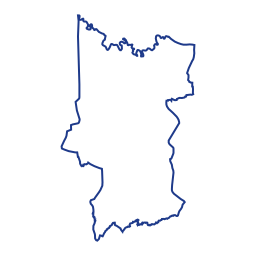 Lam Thamenchai, Nakhon Ratchasima, Thailand (Robinson projection)
{"feature_id": "78962969B38997993614203", "entity_name": "Lam Thamenchai", "entity_type": "district", "adm_level": 2, "iso_a3": "THA", "parent_name": "Thailand", "parent_adm1": "Nakhon Ratchasima", "projection": "robinson", "projection_center": [102.907, 15.286], "detail": "fine", "context": "isolated", "style": "outline", "palette": "blue", "viewbox_px": 256, "rotation_deg": 0, "n_neighbors": 0, "source": "geoboundaries", "source_scale": "gbopen_adm2", "svg_char_len": 5754}
<svg xmlns="http://www.w3.org/2000/svg" viewBox="0 0 256 256"><path d="M97.3,240.6L98.9,239.0L100.0,235.4L101.2,235.6L102.3,236.3L102.7,236.3L104.2,233.1L105.0,232.1L105.3,231.1L106.6,230.2L106.8,229.3L107.5,229.1L107.7,228.6L109.0,228.0L109.1,227.5L109.7,227.2L109.8,226.3L110.1,225.9L110.7,225.8L111.9,224.9L112.1,224.1L112.9,223.0L113.6,223.2L114.0,222.7L114.8,222.7L114.9,224.9L115.3,225.3L116.5,225.7L120.6,228.5L120.6,228.9L121.3,230.2L122.5,231.7L122.6,231.3L123.6,230.3L124.0,229.6L124.4,229.3L124.7,228.6L125.4,227.8L126.8,227.1L127.3,227.1L127.8,226.9L127.9,226.6L129.3,226.8L130.1,226.3L130.1,226.1L129.7,225.7L129.6,224.8L130.2,223.5L132.7,222.9L132.9,222.6L133.0,221.8L134.1,221.9L134.7,221.5L135.7,221.4L135.7,220.9L135.9,220.9L136.1,220.3L137.6,219.6L138.1,219.8L138.2,220.0L137.5,220.2L137.2,220.6L137.8,220.6L137.4,221.1L137.9,221.2L137.9,222.1L138.2,222.8L137.8,223.0L137.7,224.1L137.3,224.4L137.7,225.2L138.0,224.9L138.9,225.0L139.2,224.5L140.0,224.6L140.4,224.2L140.9,224.2L142.0,224.6L142.2,224.3L141.9,223.8L142.1,223.5L142.0,223.1L142.4,222.6L143.4,223.1L143.9,222.6L145.2,222.5L145.6,222.9L146.9,222.5L147.4,222.9L147.6,224.4L147.9,225.0L148.2,225.2L148.6,225.0L149.3,225.3L149.9,225.4L150.1,224.8L151.5,224.8L151.6,224.7L151.7,224.2L151.9,224.1L154.3,224.4L155.0,223.8L155.4,223.6L156.0,222.6L156.3,222.9L156.5,222.7L157.0,222.6L157.2,222.9L157.7,222.4L158.2,222.3L158.1,221.9L158.7,220.7L160.1,220.7L160.6,220.2L161.5,220.0L161.9,219.0L163.9,218.9L164.6,219.2L166.4,218.4L167.3,218.8L168.2,218.1L168.7,218.0L169.2,217.6L170.3,216.4L171.3,216.2L171.6,215.8L172.1,215.9L173.0,215.4L173.5,215.7L174.0,215.2L175.0,215.1L176.7,216.0L177.5,215.9L178.0,215.3L178.9,212.2L179.5,210.9L181.1,208.8L182.0,207.2L182.6,204.7L184.7,202.1L183.9,201.0L180.7,199.0L174.1,193.9L172.8,192.4L172.3,191.5L171.9,190.3L171.9,188.8L172.1,185.2L173.5,172.7L173.3,170.6L172.4,168.1L171.8,164.6L170.3,161.3L170.1,159.5L170.1,159.1L171.2,158.7L171.6,158.0L173.3,153.7L173.5,152.8L173.5,148.7L173.4,148.0L173.1,147.5L169.7,144.4L169.1,143.5L168.7,142.5L168.7,140.5L179.2,123.1L179.1,121.8L178.5,119.7L177.7,118.2L176.6,116.6L172.9,112.8L168.6,108.9L167.0,106.5L166.4,104.6L166.3,102.3L166.5,100.7L168.0,100.6L168.0,100.1L170.5,99.8L171.3,100.7L171.4,99.8L171.9,98.8L173.8,99.8L175.0,100.2L176.7,100.0L176.9,99.0L179.3,97.9L182.0,98.0L184.5,97.5L184.8,97.3L185.1,96.6L186.1,96.5L186.4,95.1L190.5,94.6L191.8,94.8L193.2,94.2L192.9,92.9L193.0,89.1L192.8,86.6L192.2,86.5L192.2,86.3L192.3,82.7L190.5,82.5L190.3,82.2L189.3,81.9L189.1,81.2L188.1,80.0L188.5,77.6L188.5,75.1L187.1,73.1L188.8,68.1L192.2,60.9L193.2,59.3L193.8,57.1L194.3,53.3L194.1,49.8L194.4,45.0L192.4,44.6L189.6,44.4L186.2,44.7L183.6,44.7L181.0,44.1L177.9,43.0L174.8,41.6L171.0,38.9L168.7,36.7L168.2,36.9L166.7,36.2L166.0,36.2L165.5,36.6L164.6,38.5L164.1,38.7L163.9,38.6L163.4,37.4L163.1,37.1L162.6,37.1L161.5,37.9L161.0,38.0L160.6,37.7L160.1,36.5L159.6,36.0L158.7,35.5L157.6,35.4L156.8,35.6L156.1,36.3L155.8,38.5L156.4,41.3L156.9,42.6L157.8,43.8L157.8,44.5L157.1,44.8L155.6,44.1L154.8,44.4L154.1,45.6L154.4,46.8L154.4,48.0L154.0,48.7L152.2,50.2L151.8,50.2L151.3,50.0L149.6,48.6L148.2,48.4L147.8,48.5L146.7,50.0L146.0,50.5L145.3,50.6L143.3,50.3L142.5,50.5L142.1,51.1L142.0,51.9L143.2,54.3L143.4,55.8L143.1,56.3L141.6,56.5L141.1,56.4L141.0,55.9L141.3,54.1L140.6,52.1L140.1,51.1L138.6,50.1L137.7,50.0L137.3,50.3L136.3,53.0L136.3,54.1L137.2,55.2L137.2,55.8L136.8,55.8L135.6,54.7L134.1,54.4L133.4,54.0L132.5,52.9L132.4,52.5L133.1,51.4L132.9,50.4L133.0,50.0L134.0,49.3L134.1,48.9L133.9,48.6L132.3,48.4L131.6,47.4L132.3,44.7L132.0,44.5L130.7,44.9L129.1,44.8L128.3,45.2L127.8,45.0L127.2,42.7L126.2,41.0L126.0,40.2L125.3,39.9L124.7,38.8L124.1,38.5L123.2,38.7L123.1,38.9L123.1,39.3L125.3,40.3L125.7,42.2L125.6,42.8L125.1,43.2L124.3,43.3L123.1,42.2L121.5,41.7L120.5,42.0L119.8,42.9L119.8,44.0L120.2,44.8L120.7,45.2L121.6,45.4L121.8,45.9L121.9,48.8L120.9,50.2L120.2,50.2L119.4,49.4L117.6,45.8L117.0,45.0L116.1,44.8L114.0,45.1L113.4,44.9L112.5,44.2L111.7,44.0L111.0,44.3L109.7,47.4L108.6,49.2L108.0,49.8L107.4,49.9L106.7,49.2L106.0,47.4L105.5,46.6L103.0,45.2L102.4,44.5L102.3,44.0L102.5,42.9L103.5,40.6L104.9,39.6L104.9,38.6L105.2,37.9L105.3,36.9L105.6,36.1L105.5,35.7L104.4,35.1L103.9,34.2L103.3,33.8L102.1,33.5L98.9,31.9L96.5,29.2L95.6,29.2L94.7,30.0L94.2,29.9L93.7,28.8L92.1,27.5L92.1,25.6L91.8,24.6L91.5,24.3L90.9,24.3L89.4,25.7L89.5,26.1L90.2,26.4L90.5,26.7L90.6,28.5L90.4,29.3L89.8,29.5L88.7,29.5L87.1,28.9L86.7,28.5L86.6,28.0L87.6,26.9L88.2,24.8L86.6,22.0L85.8,21.5L84.1,21.5L83.7,21.3L83.2,20.6L83.4,19.1L83.1,18.7L82.5,18.8L81.0,19.8L80.2,19.8L79.5,19.4L79.1,19.0L79.0,18.5L79.6,16.9L79.5,15.7L79.1,15.4L78.0,15.4L78.6,20.9L78.0,36.5L79.4,84.4L79.4,97.0L79.3,98.1L78.9,98.8L75.6,101.9L76.9,110.5L79.3,118.2L79.6,119.1L79.6,120.0L79.1,122.0L78.7,122.8L78.0,123.3L72.8,124.4L71.0,125.1L71.1,129.7L67.1,131.3L66.5,135.7L65.8,137.7L64.1,140.9L61.6,146.3L61.9,148.5L64.2,149.5L68.6,151.1L75.2,152.4L77.2,152.4L77.9,156.9L78.4,156.9L79.9,161.3L80.1,162.0L80.0,163.0L80.4,164.3L81.4,165.9L81.8,165.5L82.4,165.6L82.8,166.1L83.4,166.1L83.6,165.6L83.5,164.6L84.3,164.5L84.5,164.2L86.4,164.3L86.6,164.0L87.3,163.8L88.0,163.2L88.2,162.6L90.3,164.1L94.5,166.2L99.4,168.1L101.9,168.8L102.1,171.0L102.5,182.4L102.3,185.8L100.4,190.0L99.0,192.2L94.9,197.9L94.5,198.7L94.3,199.0L90.9,200.2L90.4,201.3L90.3,202.0L90.8,203.8L92.3,205.5L93.0,206.9L93.4,209.6L93.5,211.7L93.4,212.8L93.0,212.7L92.7,213.7L93.3,214.0L93.2,216.6L94.0,217.5L94.4,217.1L94.6,217.3L94.4,218.4L94.7,218.9L94.7,219.2L95.0,219.3L94.7,219.7L94.7,220.5L94.9,220.8L95.3,220.9L95.1,221.6L94.8,221.7L94.6,223.2L93.4,225.9L93.3,229.5L94.8,233.9L95.0,235.1L95.1,238.3L95.3,238.8L96.2,240.2L97.3,240.6Z" fill="none" stroke="#1e3a8a" stroke-width="2"/></svg>